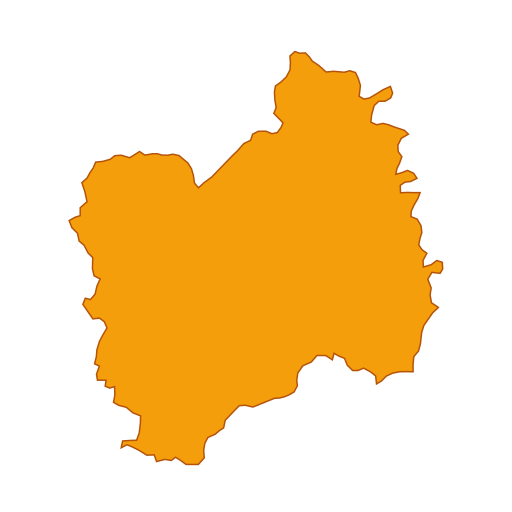 André da Rocha, Rio Grande do Sul, Brazil, rotated 348°
{"feature_id": "56859067B25456576181088", "entity_name": "André da Rocha", "entity_type": "district", "adm_level": 2, "iso_a3": "BRA", "parent_name": "Brazil", "parent_adm1": "Rio Grande do Sul", "projection": "albers", "projection_center": [-51.497, -28.59], "detail": "fine", "context": "isolated", "style": "filled", "palette": "amber", "viewbox_px": 512, "rotation_deg": 348, "n_neighbors": 0, "source": "geoboundaries", "source_scale": "gbopen_adm2", "svg_char_len": 2975}
<svg xmlns="http://www.w3.org/2000/svg" viewBox="0 0 512 512"><g transform="rotate(348 256 256)"><path d="M427.2,163.9L418.3,158.7L413.1,155.3L407.8,152.7L401.2,152.7L396.2,148.9L398.4,142.1L402.9,133.4L408.2,130.2L414.6,131.4L420.6,129.4L423.5,125.1L422.7,118.1L415.1,119.7L406.5,122.8L400.0,125.0L394.4,125.0L390.1,121.3L393.6,110.9L392.9,103.2L391.4,97.2L386.3,94.3L380.5,94.6L376.0,93.2L370.4,91.5L362.8,90.6L357.1,82.8L351.5,77.0L349.5,72.2L346.5,67.6L340.7,66.7L336.6,64.1L330.8,67.4L329.9,73.9L328.0,81.0L322.8,87.2L316.2,91.2L310.4,93.7L308.1,99.5L306.9,107.5L306.6,115.0L303.1,120.2L310.1,131.3L307.3,135.4L302.5,139.7L297.0,139.7L291.7,136.0L284.1,134.5L278.0,136.2L274.8,141.7L267.5,143.5L263.4,146.5L259.4,149.5L254.3,152.6L229.2,169.5L220.3,173.6L213.9,177.3L211.0,171.9L211.5,164.1L211.0,157.2L208.6,150.6L205.1,146.3L201.6,141.7L195.6,139.1L190.8,139.1L184.9,137.7L180.7,135.4L176.1,134.5L168.3,134.2L163.8,129.6L159.0,131.4L152.9,133.6L145.1,129.4L138.8,128.5L133.5,131.1L125.6,131.6L118.7,130.8L115.1,136.0L110.8,140.1L107.0,144.6L100.9,148.1L102.0,157.5L102.0,167.8L94.1,172.2L92.4,180.0L87.0,180.5L80.6,182.5L81.8,190.0L86.1,196.6L86.1,204.6L90.1,209.8L92.4,218.2L96.0,223.7L94.7,229.0L93.4,234.2L93.5,241.7L98.8,246.0L94.2,252.3L90.7,259.8L85.0,264.2L80.3,261.8L76.6,267.3L79.9,275.3L83.4,283.6L90.0,284.2L94.0,288.8L95.3,295.4L89.4,301.8L85.2,306.9L80.9,314.6L78.9,321.3L75.7,327.9L79.9,331.1L75.4,338.5L75.1,344.5L83.5,346.3L81.4,352.0L85.5,354.8L90.5,354.3L89.1,362.5L86.2,369.5L90.6,373.5L97.6,377.0L103.1,383.9L109.9,388.4L108.2,395.3L105.1,404.6L100.9,411.4L94.8,410.3L87.1,409.2L84.3,415.5L90.6,413.8L95.1,416.9L100.9,421.5L107.8,428.1L115.1,429.4L116.0,436.4L124.6,436.0L130.7,438.4L135.4,436.1L139.5,440.0L144.2,445.3L150.0,446.6L156.3,447.9L163.4,442.7L164.4,435.2L167.0,428.6L171.2,423.5L179.1,421.8L184.1,419.1L188.6,417.4L191.8,410.2L196.4,407.1L202.2,403.1L208.5,398.9L214.6,399.8L221.6,403.1L244.5,399.0L249.3,399.8L254.7,399.6L259.4,398.7L265.0,396.9L269.5,391.5L270.0,386.1L272.5,379.2L279.0,373.1L288.1,371.2L294.9,366.0L303.6,367.9L309.1,373.4L312.1,367.4L316.4,371.2L321.3,374.5L322.6,381.8L326.7,388.1L331.9,389.2L338.0,388.1L344.0,393.2L348.1,398.2L347.3,406.2L352.6,404.4L358.7,400.5L365.2,399.0L372.6,399.1L379.2,400.4L385.6,401.9L386.9,395.3L389.4,387.3L395.3,382.6L398.7,375.8L400.6,369.8L402.3,364.9L405.8,358.8L412.4,352.6L417.0,348.3L423.7,344.2L417.9,338.2L418.2,330.4L420.7,323.6L419.2,314.4L424.6,308.6L432.5,311.2L435.9,307.5L436.9,300.9L431.9,298.0L425.6,300.9L417.4,301.6L418.5,295.0L423.7,288.8L419.7,284.4L417.5,279.0L420.0,273.0L423.1,267.5L423.7,260.7L421.3,253.4L415.7,249.7L417.3,244.2L421.3,238.9L426.3,233.4L429.7,228.1L423.3,226.8L417.3,225.3L410.5,224.2L411.8,216.9L417.1,214.7L422.6,215.3L429.6,213.5L427.4,207.9L422.0,203.8L415.7,204.8L409.7,205.2L412.0,199.8L415.8,194.9L419.3,189.2L416.8,183.4L417.8,177.1L422.6,171.1L430.4,168.5L427.2,163.9Z" fill="#f59e0b" stroke="#b45309" stroke-width="1.5"/></g></svg>